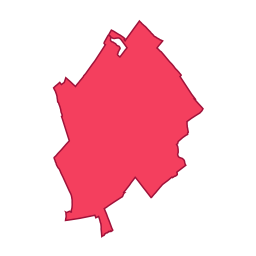 outline of Costisa, Neamt, Romania, rotated 174°
{"feature_id": "2599482B85678098789231", "entity_name": "Costisa", "entity_type": "district", "adm_level": 2, "iso_a3": "ROU", "parent_name": "Romania", "parent_adm1": "Neamt", "projection": "orthographic", "projection_center": [26.644, 46.753], "detail": "fine", "context": "isolated", "style": "filled", "palette": "rose", "viewbox_px": 256, "rotation_deg": 174, "n_neighbors": 0, "source": "geoboundaries", "source_scale": "gbopen_adm2", "svg_char_len": 5470}
<svg xmlns="http://www.w3.org/2000/svg" viewBox="0 0 256 256"><g transform="rotate(174 128 128)"><path d="M143.0,214.8L142.4,213.7L141.8,213.2L147.0,206.7L152.6,199.8L153.9,198.2L156.9,195.0L163.2,187.9L164.4,186.5L166.5,184.6L167.2,183.5L169.5,181.2L170.8,180.0L172.0,178.7L174.4,176.4L175.9,174.8L178.3,177.5L180.6,180.2L182.5,182.2L184.6,184.5L185.3,182.9L186.0,181.3L186.7,179.9L187.8,179.3L189.7,178.2L190.2,178.9L191.1,180.5L193.9,178.5L195.6,177.4L197.8,175.7L197.2,174.0L196.3,171.9L196.2,171.2L195.7,169.3L195.5,168.2L195.3,166.9L195.3,165.5L195.3,164.7L195.2,163.6L195.2,161.9L195.2,161.3L194.4,160.2L194.2,159.0L193.5,156.4L193.0,153.4L192.9,150.8L192.1,148.0L192.1,146.8L192.9,146.5L192.3,143.9L189.6,130.6L187.7,121.4L189.5,119.8L191.4,118.1L194.2,115.5L196.0,113.8L197.1,112.8L199.1,111.1L200.6,109.8L202.1,108.3L203.4,107.2L204.2,106.7L204.6,106.3L204.6,105.6L204.5,105.1L203.9,103.2L203.8,102.1L203.2,100.6L203.1,99.4L202.8,98.4L202.3,97.2L202.0,96.5L201.7,95.8L200.7,94.4L200.0,92.5L199.4,90.3L197.6,85.5L197.6,85.4L193.1,72.0L192.9,71.4L191.9,68.8L191.7,68.1L191.4,66.9L191.3,65.9L191.2,65.2L191.2,64.3L191.1,63.2L191.1,61.9L191.3,60.3L191.5,57.7L191.7,56.4L192.0,54.8L192.2,53.9L192.6,53.0L192.8,52.5L193.0,51.8L193.1,51.1L193.1,50.6L193.1,50.4L193.3,50.3L193.5,50.3L194.0,50.7L194.4,51.2L194.7,51.3L195.0,51.3L196.7,50.7L197.7,50.4L198.1,50.4L198.7,50.8L198.6,50.5L198.6,50.0L198.7,48.6L198.7,47.1L198.8,46.4L198.8,46.1L199.2,44.8L199.3,44.6L199.8,42.6L194.0,42.8L185.8,43.2L177.1,44.0L170.1,44.7L169.7,43.5L169.4,42.1L166.5,43.1L166.2,41.9L166.0,41.0L165.7,39.5L165.5,38.0L165.3,36.7L165.0,35.7L165.0,34.0L165.0,32.8L165.1,31.5L165.3,30.4L165.3,27.8L165.3,27.0L165.4,22.8L164.7,23.2L164.0,23.5L163.4,23.6L163.0,23.8L162.5,24.5L162.4,24.9L162.2,25.1L161.6,25.2L161.3,25.3L161.1,25.5L160.7,25.9L160.2,26.0L159.6,25.9L159.3,26.0L159.1,26.3L158.7,26.4L158.6,26.5L158.3,26.7L158.2,26.8L158.1,27.1L157.9,27.1L157.7,26.9L157.4,27.0L157.2,26.9L157.0,27.0L156.9,27.0L156.8,26.9L156.6,26.9L156.4,27.0L156.3,26.9L156.1,26.9L155.9,26.9L155.9,27.0L155.8,26.9L155.6,26.9L155.1,27.2L154.8,27.4L154.5,27.4L154.1,27.7L153.8,28.0L154.5,29.8L156.5,37.7L157.5,41.1L158.5,45.2L159.4,48.0L160.0,50.3L157.4,51.6L155.4,52.8L151.8,54.7L149.1,56.1L141.4,60.0L141.0,60.1L140.8,60.4L140.5,60.6L140.3,61.0L140.1,61.4L139.9,61.8L139.7,62.1L139.4,62.7L139.1,63.1L138.6,63.7L138.4,63.9L138.2,64.0L138.5,64.1L139.0,64.4L138.4,65.0L137.6,65.8L136.3,67.1L135.7,67.8L134.0,69.5L133.6,70.0L133.2,70.3L132.3,71.3L130.8,73.1L129.6,74.4L129.0,75.0L128.5,75.5L126.0,78.2L125.4,77.4L123.3,74.2L118.7,66.6L116.9,63.8L114.0,59.1L113.0,57.5L112.3,56.4L111.8,56.6L110.2,58.2L108.5,59.8L107.4,60.7L105.8,62.3L104.9,63.2L104.1,63.9L102.4,65.6L101.7,66.2L100.0,67.8L99.6,68.2L95.8,70.5L95.1,70.9L94.1,71.5L92.0,72.9L90.6,73.9L89.5,74.5L89.1,74.0L87.9,74.5L86.6,75.2L86.4,75.2L85.7,75.2L85.1,75.6L84.2,76.3L83.9,76.4L83.8,78.0L84.1,78.9L83.2,79.5L74.4,84.9L74.9,85.9L75.2,87.4L75.3,89.2L75.8,90.5L77.1,92.0L79.9,93.3L80.8,94.2L81.3,95.5L81.4,96.7L80.6,98.6L80.4,101.5L80.5,104.3L81.4,106.6L80.3,107.2L79.5,109.3L74.7,112.7L71.0,114.8L70.2,115.0L69.3,115.5L69.3,116.8L68.5,117.5L68.7,119.8L68.8,122.0L69.0,122.8L68.9,124.1L68.9,125.2L68.9,126.0L68.7,126.9L68.7,128.2L64.1,130.9L59.2,133.4L56.3,134.8L55.0,135.4L54.0,136.3L53.1,137.0L52.6,137.6L51.9,138.5L51.5,139.2L51.4,139.3L52.4,140.8L54.5,143.6L56.6,146.5L58.0,148.5L58.8,149.7L58.9,149.8L58.1,149.8L61.2,154.9L70.6,173.2L70.9,173.8L70.6,174.0L70.2,174.4L69.9,174.6L69.6,175.0L69.9,175.6L70.6,176.6L71.0,177.1L71.5,178.0L72.0,178.7L72.6,179.5L72.9,180.0L73.7,180.9L74.1,181.4L74.5,182.0L75.0,182.6L75.1,182.9L75.3,183.2L76.3,184.9L77.8,187.1L79.7,189.5L82.0,192.9L85.0,197.4L86.4,199.4L87.0,200.3L88.0,201.1L89.0,202.4L90.3,204.0L90.8,204.4L90.8,204.6L89.0,206.5L87.0,208.4L84.4,211.0L85.7,211.8L86.7,212.3L87.4,212.7L88.0,213.4L88.9,213.9L89.6,214.4L90.3,215.0L90.9,215.6L91.4,215.9L91.9,216.1L92.2,216.3L92.4,216.6L92.6,216.9L93.0,217.5L93.3,218.0L93.8,218.5L93.9,218.8L94.0,218.9L94.3,219.2L94.6,219.5L94.9,219.8L95.3,220.5L95.4,220.8L95.5,220.9L95.9,221.4L96.1,221.7L96.3,222.0L96.7,222.5L96.9,222.6L97.4,223.4L97.9,224.0L98.0,224.1L98.7,225.1L99.4,226.1L99.7,226.5L100.7,227.6L101.2,228.0L101.7,228.6L102.2,229.2L103.1,230.1L103.3,230.4L103.7,231.0L104.5,232.0L105.1,232.6L105.5,233.2L106.2,232.4L109.2,229.1L111.4,226.7L112.9,225.0L118.0,219.3L121.8,215.0L122.5,216.1L122.5,216.7L121.9,217.3L123.0,218.5L125.1,220.3L125.9,221.0L126.3,221.3L126.7,221.5L127.6,222.2L129.2,223.4L130.7,224.6L132.4,225.9L134.3,227.1L136.5,224.1L137.3,222.9L137.7,222.4L136.8,221.9L136.2,221.5L135.3,219.9L133.4,218.7L132.2,218.4L130.6,218.6L128.3,218.6L127.2,218.2L126.0,217.1L124.7,215.0L122.9,211.9L121.3,209.1L120.6,207.9L121.4,207.0L122.7,205.8L124.4,203.9L127.7,200.4L128.4,199.7L128.6,199.5L129.2,200.1L129.9,200.8L130.4,201.4L130.7,201.9L130.8,202.3L130.6,202.9L130.0,203.7L129.9,204.4L129.7,204.9L129.4,205.2L129.0,205.7L128.7,206.2L128.5,206.6L128.2,207.1L127.8,207.4L127.9,207.7L127.5,208.2L127.8,209.1L128.1,209.7L128.5,210.3L129.0,210.5L129.6,210.8L130.2,211.2L130.5,211.4L131.1,212.3L131.5,213.1L131.9,213.4L132.5,213.8L133.0,214.2L133.5,214.7L133.9,215.0L134.3,215.1L134.9,215.4L135.5,215.9L136.0,216.5L136.3,217.2L136.2,217.7L135.9,218.6L135.8,219.3L135.7,219.9L135.8,220.4L135.8,220.6L136.1,221.1L136.3,221.4L137.3,222.1L138.1,222.2L139.8,219.8L142.6,215.8L142.7,215.5L143.0,214.8Z" fill="#f43f5e" stroke="#9f1239" stroke-width="1.5"/></g></svg>